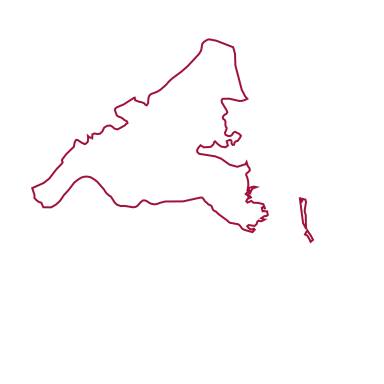 outline of Ad Daqahliyah, rotated 50°
{"feature_id": "EGY-1537", "entity_name": "Ad Daqahliyah", "entity_type": "Governorate", "adm_level": 1, "iso_a3": "EGY", "parent_name": "Egypt", "parent_adm1": "", "projection": "robinson", "projection_center": [31.652, 31.05], "detail": "fine", "context": "isolated", "style": "outline", "palette": "rose", "viewbox_px": 384, "rotation_deg": 50, "n_neighbors": 0, "source": "natural_earth", "source_scale": "10m", "svg_char_len": 4218}
<svg xmlns="http://www.w3.org/2000/svg" viewBox="0 0 384 384"><g transform="rotate(50 192 192)"><path d="M205.2,132.9L205.5,132.7L205.1,132.3L204.8,132.1L204.5,131.9L204.1,130.9L207.2,132.3L208.7,132.6L210.8,132.7L212.6,133.8L212.9,136.2L212.9,138.6L213.8,139.6L216.2,140.3L219.7,142.0L222.9,144.4L225.1,146.9L226.8,142.7L227.9,140.9L229.6,139.6L228.7,142.0L228.4,143.7L228.7,145.1L229.6,146.9L226.6,146.9L226.6,148.7L229.6,148.7L228.9,149.3L228.2,149.7L227.9,150.5L228.1,152.2L229.1,152.0L229.7,151.6L230.2,150.9L231.1,150.3L231.3,150.7L231.3,151.4L231.5,151.9L232.6,152.2L232.6,150.3L234.0,150.3L233.0,154.0L234.0,156.4L235.8,156.3L237.0,152.2L239.6,151.9L243.0,148.2L247.2,145.2L252.2,146.9L249.0,146.9L249.0,148.7L252.2,150.3L252.8,149.2L254.1,148.1L255.1,146.9L258.3,148.7L258.3,150.3L257.4,151.4L257.0,152.3L256.6,155.8L259.1,154.6L259.8,154.0L259.4,156.2L259.0,157.6L258.2,158.6L256.7,159.3L256.7,160.9L258.1,163.1L258.2,165.9L253.7,169.9L253.7,171.7L256.1,171.8L257.9,171.3L259.2,170.1L259.8,168.2L261.2,168.2L261.5,170.9L261.6,171.5L255.0,176.0L252.8,177.0L252.2,177.1L248.4,176.9L247.3,177.1L246.5,177.3L239.8,182.8L239.3,183.0L238.8,183.1L236.2,183.4L225.9,185.9L222.8,186.2L222.3,186.3L220.8,187.0L219.8,187.3L219.3,187.3L218.8,187.2L217.9,187.0L216.2,186.3L215.8,186.2L215.2,186.2L214.2,186.3L212.3,187.3L211.9,187.5L210.2,187.5L209.2,187.7L208.3,187.9L207.9,188.0L206.8,188.0L205.3,187.7L204.2,187.7L203.1,187.8L202.7,187.9L201.6,189.3L193.5,204.8L182.0,218.7L179.9,223.1L178.8,226.1L177.4,228.7L174.6,230.9L172.9,231.7L170.5,232.3L168.5,233.2L166.9,235.0L166.8,238.0L167.5,242.1L167.3,244.4L166.0,246.8L159.3,252.6L157.1,255.5L153.6,257.6L150.8,258.0L143.5,257.1L141.4,257.8L138.0,258.3L135.8,258.2L133.8,257.8L123.1,258.0L118.8,259.0L115.3,260.3L113.1,262.1L111.3,264.3L109.9,267.2L109.3,270.8L109.1,276.1L111.1,285.1L112.1,292.4L113.5,297.0L114.0,299.5L114.2,304.5L113.2,309.8L108.1,315.7L103.3,314.3L101.4,315.6L98.5,316.4L95.5,316.6L92.7,314.4L86.3,311.9L89.7,300.0L90.0,293.0L87.4,281.1L86.7,274.1L86.2,272.1L85.2,271.6L84.2,271.4L83.7,270.6L82.2,264.2L81.4,253.3L79.3,251.0L78.2,249.2L77.6,247.3L78.7,246.2L83.7,244.7L85.2,243.8L86.1,243.7L86.6,243.0L86.7,240.2L86.2,239.2L85.0,237.9L83.6,236.6L82.2,235.7L83.9,235.4L84.8,235.0L85.6,234.4L86.7,233.9L83.8,231.2L84.5,229.1L86.8,227.2L88.2,225.0L88.0,221.8L87.0,219.7L86.2,217.7L86.8,214.4L88.6,211.8L90.9,211.0L93.5,210.7L95.9,209.1L96.4,207.9L97.8,200.6L97.5,198.6L97.8,197.3L96.9,196.6L95.8,196.5L93.8,197.4L91.6,197.8L89.4,198.4L87.5,199.6L85.1,200.4L84.5,200.2L82.4,199.4L81.1,199.0L79.8,198.4L78.7,196.9L78.9,194.9L81.0,188.0L82.6,175.7L82.9,175.2L83.5,175.5L83.9,176.0L85.3,176.5L89.0,174.4L90.7,173.0L93.2,171.6L95.2,171.6L96.5,171.0L95.8,168.6L92.1,165.0L90.8,162.9L90.6,160.5L92.7,154.7L93.4,150.4L93.2,142.9L92.5,138.5L92.3,134.0L93.0,122.5L92.8,114.3L90.9,98.7L90.2,96.1L89.3,93.8L86.2,90.2L85.2,88.9L84.7,86.7L84.9,84.5L85.3,82.2L86.1,80.7L91.6,76.2L107.6,67.4L113.9,70.3L122.9,77.4L145.7,88.2L153.0,89.8L156.2,89.7L156.1,90.2L155.4,92.6L154.8,94.1L153.8,95.9L152.2,97.6L144.7,103.3L140.9,107.8L140.3,108.7L140.6,110.2L142.4,111.5L152.3,113.1L153.6,113.7L154.2,115.4L153.8,117.2L153.9,119.0L154.6,120.4L156.1,121.1L157.7,120.6L159.3,120.9L162.1,123.3L163.6,124.1L165.1,124.2L166.1,125.2L167.7,128.5L168.4,129.0L169.9,129.5L172.0,128.5L173.4,127.2L174.0,125.6L173.9,124.6L173.2,122.2L173.3,121.4L173.6,120.3L177.9,118.5L179.1,118.4L180.4,118.4L181.3,120.4L181.7,122.2L182.3,124.3L181.4,125.4L181.4,127.4L182.8,129.4L182.1,130.6L180.3,130.5L178.4,129.0L176.9,129.0L176.4,129.7L176.0,130.7L175.4,132.7L179.5,134.7L179.2,137.7L176.0,140.4L171.8,141.5L168.0,141.8L168.0,142.9L169.3,145.0L169.5,148.6L165.4,154.2L161.7,155.4L162.2,158.6L163.1,161.0L164.6,162.2L167.3,162.0L179.6,151.3L185.3,148.2L195.1,145.7L201.8,141.1L205.2,132.9ZM270.7,110.0L273.0,111.1L278.4,117.4L279.8,118.4L282.9,119.8L291.7,126.9L293.9,128.3L287.2,126.9L265.5,113.0L266.7,113.2L267.7,113.0L268.2,113.4L270.0,114.8L269.4,112.9L268.4,111.8L268.3,111.7L269.1,111.2L270.7,110.0ZM306.4,133.2L304.2,132.5L299.7,131.7L297.1,132.7L295.5,128.3L298.2,128.7L301.1,128.9L306.4,130.0L306.4,131.8L306.4,133.2L306.4,133.2Z" fill="none" stroke="#9f1239" stroke-width="2"/></g></svg>